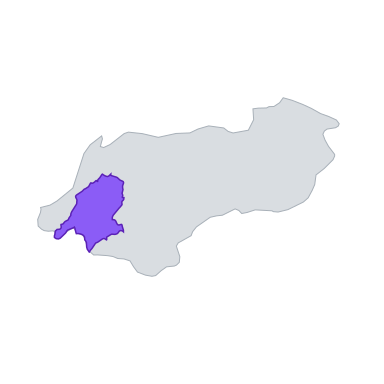 location of Gjirokastër within Albania, rotated 79°
{"feature_id": "ALB-1525", "entity_name": "Gjirokastër", "entity_type": "County", "adm_level": 1, "iso_a3": "ALB", "parent_name": "Albania", "parent_adm1": "", "projection": "robinson", "projection_center": [20.177, 40.156], "detail": "fine", "context": "in_parent", "style": "filled", "palette": "violet", "viewbox_px": 384, "rotation_deg": 79, "n_neighbors": 0, "source": "natural_earth", "source_scale": "10m", "svg_char_len": 3770}
<svg xmlns="http://www.w3.org/2000/svg" viewBox="0 0 384 384"><g transform="rotate(79 192 192)"><path d="M122.0,116.3L122.3,111.1L123.7,102.8L122.9,100.1L123.7,95.3L121.1,89.0L116.9,84.5L121.0,76.4L127.1,66.7L132.7,58.9L139.5,50.9L144.1,43.2L148.9,36.5L153.1,34.5L155.2,35.9L156.3,38.8L156.0,47.4L157.4,50.4L160.3,52.5L166.4,51.5L173.2,49.3L182.3,44.8L183.9,45.1L187.2,47.4L194.2,57.8L198.9,67.0L208.1,70.1L213.3,73.7L219.9,79.1L223.1,84.6L227.6,101.2L228.1,111.3L226.8,115.9L225.7,117.1L221.6,133.4L222.6,141.8L222.6,147.3L219.1,149.5L216.8,152.9L220.6,166.6L220.1,172.4L220.3,179.0L227.1,194.3L231.1,199.0L234.7,201.2L239.3,215.2L242.1,217.7L253.2,216.3L258.6,217.9L260.8,221.2L261.3,223.5L260.6,231.3L263.4,237.4L267.1,243.6L267.1,247.4L264.7,253.6L260.2,260.8L254.3,263.6L247.8,266.0L244.7,271.6L243.1,277.6L240.2,282.0L238.4,286.9L235.7,296.9L235.1,300.5L230.6,304.1L223.8,305.6L217.6,305.9L213.5,307.6L211.4,311.0L207.5,313.7L205.1,315.0L205.1,318.0L208.0,324.4L211.2,329.6L211.3,333.7L209.7,334.9L204.7,334.3L203.6,335.9L203.1,340.5L201.7,344.5L199.7,346.9L196.1,349.5L189.5,348.7L183.3,344.7L180.1,343.5L178.3,343.6L177.8,333.9L175.1,326.3L165.4,308.2L133.6,290.7L126.2,282.9L122.9,276.3L119.7,270.0L122.8,269.8L125.9,271.4L129.9,273.3L131.5,270.2L129.8,263.4L121.7,247.4L121.1,243.0L125.2,229.7L131.9,214.7L131.5,196.5L133.6,182.8L131.3,174.0L130.3,163.0L135.2,148.6L139.4,145.0L141.9,140.4L142.1,124.9L132.8,117.7L122.0,116.3Z" fill="#d9dde1" stroke="#a8b0b8" stroke-width="1"/><path d="M231.4,304.3L228.2,305.7L226.0,305.9L221.4,305.3L219.9,305.7L218.5,306.4L215.6,306.1L214.0,306.8L212.8,308.0L211.8,309.7L211.1,311.6L210.8,313.5L209.3,313.7L205.0,313.9L204.0,314.2L204.4,315.0L205.7,321.4L206.2,322.1L208.2,324.0L212.2,330.2L212.6,332.1L211.9,334.2L210.4,335.7L208.9,335.5L207.3,334.6L204.1,333.5L204.1,333.4L203.9,332.9L203.0,331.6L203.3,329.0L203.0,328.2L202.5,327.6L201.9,327.2L201.2,327.0L200.0,327.0L198.9,326.8L198.8,325.0L198.4,324.2L197.6,323.4L196.8,322.3L196.5,321.5L195.9,319.3L195.5,318.7L193.9,317.6L192.0,315.6L191.5,315.3L191.0,315.3L190.0,314.9L188.5,313.9L181.8,307.6L180.8,307.2L180.2,307.1L178.1,306.5L177.5,306.5L177.0,306.6L175.3,307.1L174.2,307.1L173.5,306.7L172.9,305.9L171.1,301.5L170.3,299.6L169.1,297.9L168.6,297.1L168.5,296.1L167.0,292.5L164.1,290.1L163.9,289.8L163.7,289.4L164.2,288.9L164.3,288.5L164.4,287.9L164.0,286.6L163.6,285.7L162.9,284.7L162.6,284.2L162.5,283.9L162.7,283.7L163.4,283.2L163.6,282.9L163.6,282.6L162.5,282.4L162.2,282.1L161.8,281.8L160.3,279.7L157.8,277.3L157.4,276.7L157.4,276.4L158.0,276.0L159.2,274.7L159.9,273.7L160.4,272.8L160.7,271.9L160.6,271.3L160.3,270.4L158.9,268.3L160.1,268.6L160.3,268.3L160.6,267.9L163.1,263.2L163.7,262.5L166.3,260.6L166.9,259.9L167.4,259.2L168.0,258.3L168.4,257.8L168.8,257.5L170.0,257.4L172.8,259.0L174.6,259.3L176.5,259.3L180.0,260.9L181.8,260.6L182.4,260.7L183.3,261.2L183.8,261.4L184.1,261.4L184.2,261.2L184.3,260.8L184.3,260.5L184.5,259.9L186.2,260.4L187.0,261.2L187.6,262.2L188.2,262.7L189.0,262.9L190.4,263.0L191.0,263.1L191.5,263.5L193.5,266.0L193.7,266.4L199.7,273.7L200.7,274.5L201.5,275.0L203.3,275.4L203.9,275.5L204.2,274.2L204.5,273.8L204.5,273.5L204.7,273.2L205.1,272.9L206.2,272.3L208.6,271.8L209.5,271.4L210.2,270.8L210.5,269.8L210.4,268.9L210.3,268.0L210.4,267.3L211.1,267.0L212.7,267.0L216.4,266.6L218.0,266.9L217.1,267.6L216.8,268.0L216.6,268.5L216.3,269.2L216.3,270.1L216.6,270.9L218.1,272.5L218.6,273.3L218.8,274.2L218.9,275.8L218.1,278.7L218.2,279.5L219.9,284.1L220.1,284.4L221.3,284.6L222.0,284.7L222.5,284.8L222.7,285.0L222.5,285.3L221.6,286.2L221.1,286.7L220.9,287.2L220.8,287.8L220.9,288.5L221.1,289.1L223.3,294.2L223.7,296.2L224.3,296.9L228.4,301.0L229.7,302.7L231.4,304.2L231.4,304.3Z" fill="#8b5cf6" stroke="#5b21b6" stroke-width="1.5"/></g></svg>